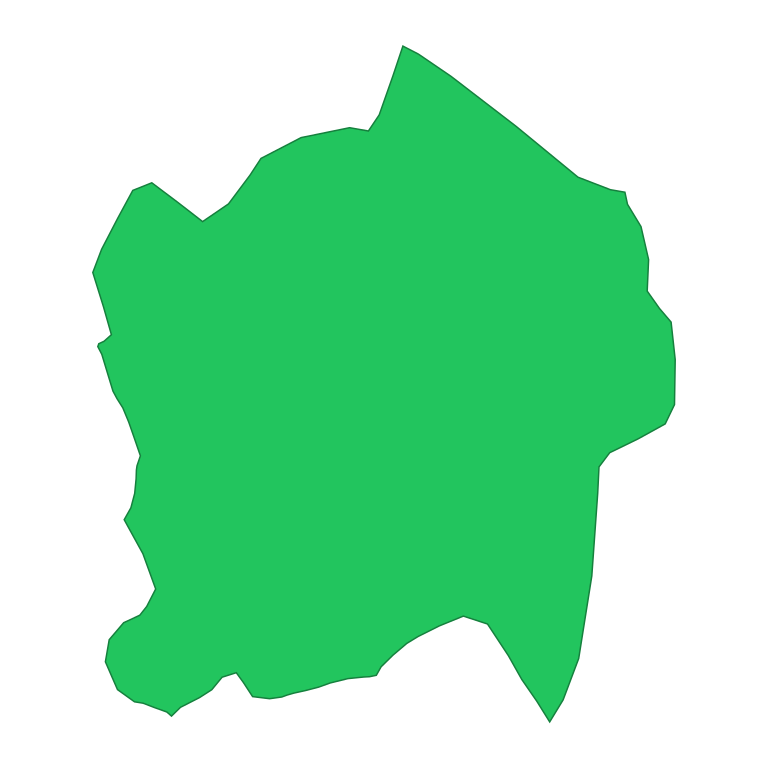 outline of Kigali City
{"feature_id": "RWA-3495", "entity_name": "Kigali City", "entity_type": "Province", "adm_level": 1, "iso_a3": "RWA", "parent_name": "Rwanda", "parent_adm1": "", "projection": "natural_earth1", "projection_center": [30.091, -1.927], "detail": "fine", "context": "isolated", "style": "filled", "palette": "green", "viewbox_px": 768, "rotation_deg": 0, "n_neighbors": 0, "source": "natural_earth", "source_scale": "10m", "svg_char_len": 1325}
<svg xmlns="http://www.w3.org/2000/svg" viewBox="0 0 768 768"><path d="M171.5,716.1L166.8,712.0L154.3,707.5L143.1,703.2L134.5,701.8L117.5,689.6L105.4,661.8L109.2,639.7L123.7,622.7L139.8,615.2L146.7,606.5L155.7,589.0L142.9,553.7L124.2,519.7L130.9,507.8L134.7,493.4L136.1,478.9L136.4,470.1L137.0,465.8L140.4,455.8L134.7,439.2L128.7,422.0L122.8,407.8L117.1,398.8L113.0,391.2L107.7,373.8L101.8,354.3L97.8,346.6L98.8,343.7L104.0,341.3L111.4,334.7L103.6,307.2L92.8,272.5L101.6,249.3L117.8,218.1L132.8,190.4L151.8,182.8L178.2,202.7L202.6,221.6L228.5,203.9L250.0,175.2L261.0,158.4L301.1,137.6L349.6,127.7L368.4,131.0L379.2,114.9L392.9,76.0L402.9,46.1L418.4,54.1L451.1,76.4L516.3,126.5L578.0,177.2L610.4,189.7L624.9,192.2L627.5,204.3L641.0,226.6L648.6,259.6L647.2,291.1L659.5,308.5L671.1,322.1L675.2,359.6L674.5,404.6L665.2,423.9L638.2,438.8L609.7,452.7L599.0,466.9L597.7,493.4L591.8,576.0L578.7,658.5L563.1,699.9L549.7,721.9L536.8,701.2L521.8,679.5L508.4,655.7L487.5,624.0L463.3,616.1L439.3,625.9L418.1,636.5L406.8,643.4L393.0,655.1L381.1,666.8L376.3,675.3L369.6,676.7L363.9,677.0L347.9,678.6L330.1,683.0L318.7,687.1L305.7,690.5L293.9,693.1L287.3,695.0L281.8,697.0L269.6,698.7L252.6,696.6L243.4,682.5L236.3,672.7L222.1,677.2L211.8,689.7L199.5,697.6L180.5,707.3L171.5,716.1Z" fill="#22c55e" stroke="#15803d" stroke-width="1.5"/></svg>